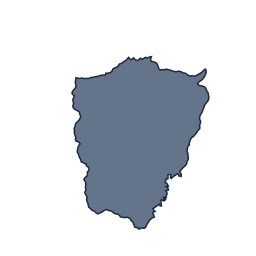 outline of Santa Terezinha, Santa Catarina, Brazil, rotated 210°
{"feature_id": "56859067B30252658658314", "entity_name": "Santa Terezinha", "entity_type": "district", "adm_level": 2, "iso_a3": "BRA", "parent_name": "Brazil", "parent_adm1": "Santa Catarina", "projection": "robinson", "projection_center": [-50.015, -26.671], "detail": "fine", "context": "isolated", "style": "filled", "palette": "slate", "viewbox_px": 256, "rotation_deg": 210, "n_neighbors": 0, "source": "geoboundaries", "source_scale": "gbopen_adm2", "svg_char_len": 3630}
<svg xmlns="http://www.w3.org/2000/svg" viewBox="0 0 256 256"><g transform="rotate(210 128 128)"><path d="M78.9,49.3L76.8,49.1L75.3,47.6L73.9,46.7L72.8,45.6L71.4,45.7L70.0,46.6L68.4,45.8L66.9,47.0L66.1,48.7L63.9,49.0L63.1,51.0L63.4,53.7L63.3,55.7L63.1,57.5L63.3,59.1L62.6,60.5L62.1,62.3L60.7,63.9L62.1,65.4L63.3,66.0L64.2,67.7L62.8,69.3L64.5,69.7L66.1,70.7L65.1,72.6L64.0,75.3L62.9,77.6L61.2,76.6L60.1,77.4L61.3,78.8L62.6,80.6L63.3,82.6L61.7,82.6L60.3,83.0L59.6,84.8L60.5,86.4L60.8,88.5L61.4,90.8L62.5,91.8L63.8,92.4L62.0,94.4L63.5,96.1L65.8,96.3L64.0,97.8L66.4,99.4L68.6,99.4L68.9,101.6L69.7,102.8L68.0,103.9L69.0,105.8L70.0,107.3L69.1,108.4L67.7,108.9L66.7,107.9L66.6,106.3L65.3,105.9L64.9,107.5L64.3,109.2L63.3,110.7L62.7,112.7L61.2,113.0L60.0,111.9L57.8,112.6L58.3,114.1L59.9,115.3L61.5,116.3L61.0,118.7L60.6,120.8L60.1,122.4L59.5,124.0L59.3,126.0L60.1,128.6L60.2,131.1L61.1,132.6L62.1,133.7L63.2,135.8L65.1,137.0L65.7,138.5L66.4,140.1L66.9,142.0L66.4,144.1L67.4,145.2L67.7,147.2L68.2,149.4L68.0,151.6L67.2,153.1L66.7,155.3L66.4,157.3L66.1,159.6L66.1,161.4L65.5,163.3L66.4,164.9L67.4,166.1L67.6,168.0L68.4,170.1L70.2,171.3L71.2,172.8L71.7,174.6L71.9,176.8L71.7,178.9L72.2,181.1L72.6,184.0L73.0,186.5L72.8,188.6L72.3,191.3L72.7,193.6L73.7,195.6L75.2,197.3L76.3,198.6L78.1,199.4L79.8,200.8L81.3,201.7L82.9,201.7L84.4,201.6L85.8,201.1L87.9,200.4L90.0,201.3L89.2,204.4L88.2,206.2L87.8,207.8L87.5,210.2L87.6,212.9L88.2,215.4L89.3,217.1L90.7,217.6L91.3,216.0L91.7,213.8L92.6,211.9L93.5,210.2L94.8,208.1L96.1,206.2L97.6,205.7L99.0,205.0L100.4,203.9L103.1,203.8L104.5,203.9L105.8,204.2L107.1,203.4L108.8,203.2L110.4,203.3L112.7,202.4L114.4,200.8L116.5,200.0L118.6,199.5L120.8,199.2L122.7,198.4L124.4,198.1L125.3,196.7L126.9,195.8L128.4,195.2L129.6,194.2L130.9,194.8L132.3,195.9L133.9,197.4L135.6,198.4L137.4,198.5L139.1,198.0L141.0,197.3L142.3,198.1L143.0,199.4L143.4,201.5L144.9,200.2L146.4,198.3L148.1,198.0L149.1,196.2L150.3,194.5L152.0,194.8L152.8,193.2L153.0,191.6L154.7,190.9L156.3,190.8L158.4,191.5L158.9,189.5L160.2,188.4L162.7,189.5L163.2,187.8L163.3,186.1L164.7,183.6L165.8,181.0L167.5,179.0L167.6,176.5L168.3,174.8L169.6,173.3L170.5,171.9L170.3,169.6L171.0,167.0L173.1,165.3L174.6,164.3L173.9,162.9L175.3,161.7L177.3,160.6L178.8,158.9L180.2,157.5L181.9,156.1L183.5,154.5L185.1,153.5L186.3,151.9L187.8,150.6L189.1,150.2L190.3,148.9L192.1,148.6L193.5,147.7L195.0,146.5L196.7,146.0L198.2,145.5L197.2,142.9L196.2,140.8L194.7,139.3L193.7,137.9L193.7,136.2L194.0,134.5L194.4,131.8L193.9,130.1L192.3,129.3L190.4,128.9L190.2,127.3L190.0,125.0L188.8,123.5L187.4,122.1L187.0,120.4L186.4,118.8L184.9,117.9L183.1,117.6L180.5,117.7L178.2,117.6L176.4,115.5L174.8,114.7L174.4,112.6L174.3,110.3L174.8,108.6L175.4,106.7L175.4,104.9L174.6,102.7L174.4,100.4L172.9,99.0L172.5,97.6L171.4,96.3L169.7,94.7L168.1,93.5L168.0,91.9L166.6,90.7L165.4,91.0L163.3,91.1L161.5,90.3L161.9,88.3L161.6,86.1L160.8,83.6L159.8,81.7L158.4,81.0L157.1,79.9L155.9,78.7L154.6,77.8L153.1,77.0L151.6,75.3L149.3,75.7L147.8,75.5L146.3,76.1L145.3,74.5L143.4,74.3L141.3,73.4L140.7,71.1L141.3,69.7L140.1,68.0L139.5,65.8L140.5,63.5L140.5,61.4L138.7,60.4L137.4,59.7L136.5,58.1L135.6,56.2L134.5,54.3L133.2,53.2L133.4,50.8L131.4,49.1L128.8,47.9L128.3,45.6L126.9,44.0L124.9,42.5L123.6,41.1L122.4,39.7L120.7,39.6L119.5,39.1L117.6,38.8L115.0,39.2L113.1,38.4L111.3,38.5L110.1,39.8L109.3,41.2L108.3,42.5L107.5,44.6L105.8,46.7L103.3,46.9L101.0,47.8L98.9,47.5L97.3,47.1L96.0,47.4L93.9,48.2L91.7,48.1L90.2,47.3L88.7,47.7L86.5,48.5L84.9,49.7L83.7,50.5L82.1,50.5L80.6,50.4L78.9,49.3ZM60.5,86.4L61.4,84.5L62.5,85.7L60.5,86.4Z" fill="#64748b" stroke="#1e293b" stroke-width="1.5"/></g></svg>